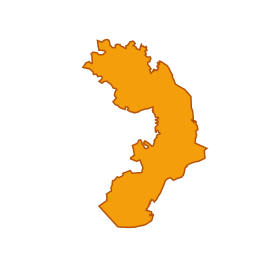 Zaki, Bauchi, Nigeria, rotated 144°
{"feature_id": "59680162B26282391091652", "entity_name": "Zaki", "entity_type": "district", "adm_level": 2, "iso_a3": "NGA", "parent_name": "Nigeria", "parent_adm1": "Bauchi", "projection": "natural_earth1", "projection_center": [10.356, 12.194], "detail": "fine", "context": "isolated", "style": "filled", "palette": "amber", "viewbox_px": 256, "rotation_deg": 144, "n_neighbors": 0, "source": "geoboundaries", "source_scale": "gbopen_adm2", "svg_char_len": 5728}
<svg xmlns="http://www.w3.org/2000/svg" viewBox="0 0 256 256"><g transform="rotate(144 128 128)"><path d="M63.1,163.5L63.3,163.1L63.7,162.7L63.6,162.2L63.9,162.1L64.2,162.1L64.2,162.4L64.2,162.9L65.7,163.7L65.9,163.5L65.8,162.0L65.1,161.5L65.2,161.1L65.5,161.1L66.5,161.5L67.2,161.4L67.3,160.8L67.5,160.8L67.7,161.0L68.5,160.6L68.6,160.4L68.4,160.1L67.8,160.4L67.6,160.1L67.6,159.0L67.9,158.5L69.2,158.2L70.8,158.2L70.9,157.7L71.2,157.8L71.3,158.4L71.6,158.8L72.3,158.8L72.5,158.8L72.6,159.3L72.3,159.8L72.4,160.2L73.1,160.2L73.8,159.7L73.8,159.3L74.1,158.9L75.1,159.3L77.3,158.6L77.0,160.2L76.5,161.2L76.6,162.1L76.3,162.6L75.7,162.5L75.0,162.1L74.6,162.5L74.6,166.4L74.7,167.3L74.6,168.1L73.2,169.5L72.5,169.6L71.8,168.9L71.3,168.9L70.2,170.0L68.9,170.5L68.6,171.1L68.3,172.2L68.3,172.7L70.1,173.2L71.3,176.1L71.4,176.6L71.2,177.1L70.9,177.2L69.8,177.1L69.6,177.4L69.5,178.0L69.5,179.0L69.1,180.0L68.5,180.4L68.1,180.4L67.8,180.1L67.6,179.6L67.1,179.6L66.8,180.0L66.8,180.5L66.3,182.0L65.6,182.3L65.4,183.0L65.5,183.4L66.7,183.2L67.1,183.3L67.4,183.7L67.4,184.8L67.5,185.2L68.5,185.7L68.6,186.4L68.0,187.7L68.7,187.5L72.6,184.3L74.6,187.4L73.9,188.2L74.2,189.6L75.4,191.6L73.9,191.7L72.4,192.2L72.9,195.4L74.7,196.0L75.1,196.5L75.5,196.6L76.9,196.0L78.7,195.6L79.0,195.0L81.5,195.6L82.8,193.6L83.9,194.7L84.2,196.6L85.4,197.8L85.7,199.8L85.4,200.3L86.5,201.1L87.4,202.0L88.1,202.4L89.1,202.1L89.5,202.5L90.6,200.9L91.3,200.6L93.4,202.3L93.8,205.6L92.0,209.5L92.4,211.4L93.2,211.9L93.6,212.3L95.7,213.0L98.6,212.8L101.3,216.8L104.6,210.6L104.8,209.6L105.9,208.3L101.4,204.2L101.2,203.1L101.7,202.6L105.5,202.1L107.9,204.0L108.7,204.8L108.9,207.0L111.7,209.9L114.3,209.7L114.7,207.8L118.6,201.5L119.7,201.7L120.4,204.6L124.3,205.4L124.7,205.0L128.9,203.6L128.2,202.6L124.1,198.2L124.2,197.8L123.3,193.9L123.4,193.4L124.5,191.6L121.7,190.0L122.3,187.4L120.0,186.2L119.2,185.5L118.9,184.5L120.7,182.8L121.4,182.9L124.0,182.8L122.7,179.6L121.7,179.4L121.0,180.0L117.7,178.6L117.4,176.5L117.0,176.2L115.9,172.6L116.1,172.2L116.5,169.1L114.6,167.1L114.3,166.1L115.0,165.3L115.9,165.5L118.3,163.9L119.4,162.8L119.9,162.2L119.7,159.1L124.7,158.1L124.5,154.3L123.0,152.3L122.7,149.6L122.4,148.9L119.6,144.7L118.5,145.5L117.8,146.4L117.1,146.3L116.0,145.3L116.1,143.6L117.8,143.1L117.4,141.5L116.8,140.9L116.6,140.5L116.7,140.0L114.4,137.6L114.3,136.7L110.7,135.1L109.0,134.8L108.3,134.9L104.0,133.7L102.8,133.2L100.9,132.0L99.2,131.5L97.6,131.1L95.3,130.4L95.3,130.1L96.0,129.3L96.6,128.8L97.3,128.5L97.6,128.1L97.8,127.8L97.7,127.5L97.5,127.2L97.5,126.8L98.3,126.7L98.5,126.4L98.3,124.6L98.5,124.0L98.6,122.5L98.7,121.9L99.2,121.4L99.3,120.9L99.3,120.5L98.9,119.9L98.4,119.7L97.5,119.1L97.4,118.6L97.4,118.2L97.7,117.9L98.3,118.0L98.8,117.7L99.4,118.0L100.0,118.4L100.5,118.6L100.9,118.6L101.1,118.4L101.0,117.8L100.5,116.9L100.0,116.5L99.7,115.9L99.9,115.4L100.4,114.9L100.8,114.6L101.2,115.0L101.5,115.5L101.8,115.7L102.6,115.9L102.7,115.6L102.6,115.3L102.0,114.3L102.1,113.6L102.2,113.0L102.6,112.9L104.5,112.8L105.5,112.6L106.1,111.5L106.9,110.5L107.2,109.8L108.0,108.8L107.9,108.1L107.6,108.0L106.1,109.0L105.7,109.0L105.4,108.6L105.2,108.1L105.3,107.6L105.7,106.6L105.5,105.9L105.2,105.6L105.1,105.0L105.3,104.6L105.6,104.5L107.9,105.2L108.2,105.2L109.2,104.8L109.8,104.6L110.0,104.1L110.0,103.5L110.9,103.3L111.8,103.3L114.5,102.3L114.1,101.5L116.5,100.0L117.9,98.8L119.3,99.3L120.0,102.5L121.7,107.5L122.1,107.6L123.6,107.1L124.2,106.4L123.7,104.0L122.3,101.1L123.0,100.3L125.2,100.4L126.1,101.4L126.2,101.7L126.3,103.0L125.6,104.4L125.8,105.6L126.1,106.2L125.1,108.7L124.9,110.0L124.9,111.1L126.7,111.7L128.4,110.6L129.8,110.2L134.8,111.2L135.1,110.2L136.0,107.8L138.8,102.2L142.9,102.4L144.1,101.6L140.5,95.9L137.2,95.2L139.3,86.7L141.1,85.9L142.5,84.1L143.7,84.2L151.3,89.0L151.2,92.3L158.9,94.3L159.6,92.8L160.8,92.5L162.0,92.8L163.6,93.0L164.6,93.3L165.2,94.7L170.2,93.7L170.9,94.4L171.9,94.1L174.2,91.3L177.1,89.5L177.7,87.6L178.7,86.7L180.0,87.1L184.3,87.1L184.7,86.6L184.7,86.0L187.5,82.2L187.7,81.8L188.2,81.7L197.4,81.9L194.3,54.0L186.3,47.5L180.9,43.9L172.0,40.0L169.9,39.5L163.6,39.2L161.7,40.3L160.0,41.9L159.8,42.4L159.3,42.2L159.1,42.3L158.4,42.9L158.5,43.4L159.2,43.8L160.6,44.0L160.9,43.8L161.7,43.9L161.6,44.6L161.5,44.9L159.7,44.6L159.3,44.7L158.8,45.1L158.3,46.4L159.5,47.8L159.6,48.3L161.7,50.6L161.0,50.8L161.1,51.1L160.8,51.6L160.2,51.7L159.8,51.5L159.4,51.6L158.3,52.4L157.6,52.5L156.8,52.5L156.4,52.9L156.2,53.8L155.6,54.2L155.0,54.3L154.8,54.1L154.7,53.8L154.5,53.7L154.3,53.7L154.1,54.0L153.9,55.3L153.7,55.6L153.4,55.7L152.0,55.3L151.9,55.6L151.3,56.2L150.9,56.3L150.2,54.9L150.3,54.3L150.1,53.8L150.2,52.7L146.7,53.5L145.5,54.0L145.6,54.3L142.3,55.5L141.5,56.1L140.7,56.0L132.2,61.1L130.2,62.5L128.7,63.3L127.1,63.7L126.1,63.7L123.9,63.2L122.9,62.6L122.6,62.0L122.6,61.4L122.1,59.3L121.3,58.8L120.8,58.8L120.1,58.5L117.9,58.3L115.4,57.3L114.0,56.9L111.2,57.2L109.2,58.6L107.1,60.3L105.9,61.9L104.7,62.1L104.1,62.6L103.7,62.2L102.9,62.2L101.8,63.1L98.7,62.7L93.5,61.2L90.2,59.4L90.0,59.5L83.5,58.3L79.5,65.0L76.1,65.1L82.6,76.3L80.1,79.2L76.4,82.2L76.2,83.4L75.1,85.5L74.1,85.7L72.6,85.6L72.3,85.7L72.2,86.0L70.7,89.2L70.9,90.4L70.8,90.8L70.1,92.0L69.3,92.9L69.4,93.4L69.9,93.7L69.8,94.1L69.6,94.4L69.6,94.6L69.8,94.7L70.0,94.6L70.2,94.3L70.4,94.2L70.7,94.1L71.0,94.3L71.2,93.9L71.3,93.8L71.4,94.7L70.8,95.5L71.2,95.8L71.4,95.7L71.6,95.2L71.8,95.2L71.9,95.3L71.8,96.1L71.7,96.5L72.0,96.9L71.9,97.1L71.4,97.3L71.0,97.2L70.7,96.8L70.3,96.7L69.6,97.3L65.9,103.4L64.8,107.2L58.6,116.5L59.5,125.9L61.9,130.9L63.8,135.7L63.0,138.7L62.7,139.3L62.3,142.5L60.8,145.1L60.7,147.6L59.8,152.1L59.7,155.4L62.0,161.8L62.4,162.6L62.8,163.0L63.1,163.5Z" fill="#f59e0b" stroke="#b45309" stroke-width="1.5"/></g></svg>